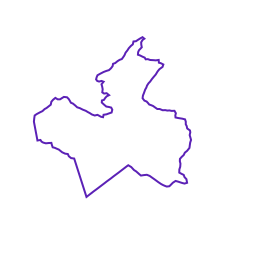 Viana, Espírito Santo, Brazil (Robinson projection), rotated 39°
{"feature_id": "56859067B48363656253494", "entity_name": "Viana", "entity_type": "district", "adm_level": 2, "iso_a3": "BRA", "parent_name": "Brazil", "parent_adm1": "Espírito Santo", "projection": "robinson", "projection_center": [-40.52, -20.392], "detail": "fine", "context": "isolated", "style": "outline", "palette": "violet", "viewbox_px": 256, "rotation_deg": 39, "n_neighbors": 0, "source": "geoboundaries", "source_scale": "gbopen_adm2", "svg_char_len": 2633}
<svg xmlns="http://www.w3.org/2000/svg" viewBox="0 0 256 256"><g transform="rotate(39 128 128)"><path d="M77.8,57.3L79.1,60.0L78.6,62.3L78.4,65.5L78.7,68.1L78.7,70.9L79.5,73.8L79.7,76.0L79.8,78.3L78.6,80.3L77.8,82.6L77.2,85.6L76.0,87.5L77.1,89.6L77.2,92.3L76.8,95.0L75.3,97.2L73.8,99.8L72.3,103.2L71.1,106.2L71.7,108.3L72.6,110.3L74.5,110.8L76.3,110.1L77.8,108.1L79.9,107.4L79.9,110.7L81.9,112.1L83.9,113.8L85.6,116.5L87.7,116.3L89.5,114.4L92.6,114.4L91.5,116.8L91.4,119.0L91.6,121.3L90.4,123.0L91.6,124.7L94.5,124.9L97.6,125.0L99.9,123.7L102.1,122.7L104.3,123.7L105.5,126.3L103.8,129.0L102.7,130.9L100.7,133.1L101.8,135.3L99.9,136.3L98.0,136.6L96.0,137.0L94.3,139.2L91.5,140.2L88.7,140.5L86.8,140.9L84.4,141.2L81.3,142.2L78.0,142.9L75.5,143.9L72.6,143.7L69.7,143.7L67.7,144.3L66.0,143.6L63.8,142.8L61.3,142.5L58.6,144.2L57.8,146.5L57.2,148.4L55.3,150.0L52.6,150.3L52.0,153.2L51.9,155.8L53.3,158.5L52.7,161.2L52.1,163.8L51.3,165.7L50.9,168.7L49.7,171.3L48.3,174.6L47.6,177.0L49.0,179.4L50.9,182.3L65.5,194.7L67.5,192.4L69.4,193.0L71.3,192.7L73.8,191.6L75.9,189.5L77.8,187.8L79.4,189.0L81.6,190.4L83.5,189.5L85.8,188.9L87.8,188.3L89.7,188.3L92.1,188.3L95.3,187.5L97.6,186.1L99.8,187.2L102.7,187.2L105.4,185.6L139.1,207.7L141.2,198.8L142.1,195.4L144.6,185.2L145.1,183.0L146.4,178.1L147.3,174.2L148.7,168.8L150.9,159.6L151.6,156.8L155.1,156.3L159.1,156.9L161.6,156.6L164.1,156.7L166.1,156.8L168.0,156.8L169.8,154.8L172.1,152.5L175.0,151.6L178.3,151.4L181.2,151.2L185.6,151.0L189.0,150.7L191.1,150.3L193.3,149.7L195.0,149.1L196.8,147.2L197.1,144.6L197.3,142.3L198.3,139.2L200.8,138.1L202.7,137.4L204.8,136.6L206.9,135.6L208.4,133.4L205.6,131.0L202.8,130.6L200.8,129.4L198.6,129.9L195.9,130.4L194.0,127.9L193.0,125.3L191.2,122.7L189.2,121.2L187.8,119.3L187.9,116.7L188.3,114.0L187.7,111.4L188.3,108.6L188.3,104.8L187.0,102.7L185.5,100.2L184.5,97.6L182.7,96.3L180.4,94.7L179.1,92.1L177.7,90.9L174.3,91.1L172.3,89.5L170.6,88.8L168.9,86.7L166.9,85.4L164.3,86.6L160.5,88.8L158.3,89.9L156.9,88.5L155.9,86.4L153.3,85.4L150.9,87.4L149.2,88.2L147.6,89.7L145.8,90.6L143.7,92.4L140.7,93.3L138.8,94.8L135.8,95.0L133.7,95.1L131.9,95.6L129.7,96.4L127.9,96.0L125.8,95.7L123.5,96.4L120.6,95.7L119.2,93.4L118.4,90.8L117.2,87.4L116.8,85.0L116.1,83.1L115.8,80.3L116.0,78.0L115.8,75.1L115.8,72.2L115.9,69.0L115.4,65.4L115.4,62.5L116.4,58.8L115.5,56.4L112.7,57.0L110.9,57.8L109.0,55.8L107.1,57.9L104.9,59.4L102.4,61.2L100.1,62.0L98.5,63.5L96.7,62.8L94.2,63.5L91.8,64.0L89.6,64.8L88.1,62.6L87.6,60.6L87.9,56.6L85.9,54.9L84.3,53.1L83.9,50.4L84.5,48.3L82.1,48.3L81.2,50.5L80.2,53.4L79.6,55.5L77.8,57.3Z" fill="none" stroke="#5b21b6" stroke-width="2"/></g></svg>